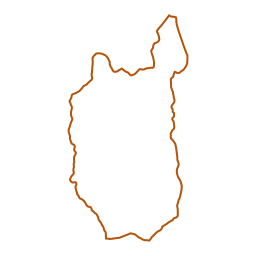 outline of Metap, Chhukha, Bhutan
{"feature_id": "84629894B26183929812002", "entity_name": "Metap", "entity_type": "district", "adm_level": 2, "iso_a3": "BTN", "parent_name": "Bhutan", "parent_adm1": "Chhukha", "projection": "equal_earth", "projection_center": [89.421, 27.116], "detail": "fine", "context": "isolated", "style": "outline", "palette": "amber", "viewbox_px": 256, "rotation_deg": 0, "n_neighbors": 0, "source": "geoboundaries", "source_scale": "gbopen_adm2", "svg_char_len": 5669}
<svg xmlns="http://www.w3.org/2000/svg" viewBox="0 0 256 256"><path d="M106.0,238.5L107.0,238.5L109.9,239.0L119.6,237.7L128.8,234.1L130.5,233.3L132.8,233.8L135.2,234.5L137.1,236.1L139.3,237.7L140.9,238.3L142.7,239.5L144.7,240.2L147.1,240.2L149.2,240.6L150.4,239.2L151.8,237.1L156.2,232.8L157.7,231.5L159.9,230.5L160.8,229.8L161.8,228.4L162.4,226.5L164.1,225.5L166.6,224.0L168.0,222.8L170.5,221.1L172.4,220.4L172.7,219.9L173.6,218.5L176.6,217.2L177.7,215.9L177.8,215.4L177.7,209.1L177.1,205.6L178.6,200.3L180.0,197.1L180.6,193.9L181.1,191.9L181.5,189.6L181.8,186.0L180.6,181.4L179.7,179.6L178.2,177.4L176.9,173.2L176.8,170.7L177.1,168.9L177.9,166.9L178.8,164.5L178.2,162.2L177.4,160.3L177.3,157.3L176.8,153.3L176.3,148.9L175.7,145.9L175.3,143.8L174.1,142.1L173.1,140.6L171.0,138.4L170.7,136.7L170.7,136.0L170.8,133.6L172.2,130.5L174.0,128.6L174.3,126.9L174.0,124.3L173.9,123.4L173.7,121.9L173.4,121.1L173.1,120.6L172.5,119.9L172.3,119.5L172.3,119.0L172.3,118.3L172.6,118.0L173.2,117.3L174.0,116.2L174.0,114.3L174.0,113.1L173.7,112.7L173.3,112.4L172.8,111.8L172.7,111.4L172.7,110.7L172.6,109.5L172.4,108.7L172.0,108.4L171.8,108.0L171.5,107.2L171.5,106.3L171.7,105.7L172.8,104.2L173.6,103.1L174.1,102.3L174.3,101.8L174.5,101.0L174.4,100.0L174.4,99.2L174.1,98.6L173.8,98.2L173.8,97.5L173.6,95.8L173.5,95.3L173.4,94.7L173.0,93.7L173.0,92.1L172.8,91.6L172.4,90.9L171.9,89.4L171.6,88.6L171.4,88.2L171.2,87.6L171.0,84.1L170.9,81.4L170.8,80.8L170.8,80.3L170.8,79.6L170.9,79.1L171.1,78.6L171.6,78.0L172.1,77.6L172.5,77.4L173.0,77.0L173.3,76.3L173.4,75.4L173.6,74.6L173.9,73.9L174.7,71.9L175.2,71.9L177.2,73.0L179.7,72.7L181.1,71.3L183.3,70.0L184.5,68.5L185.4,67.1L186.4,65.4L187.2,63.3L187.4,58.7L187.4,55.2L186.1,52.4L183.7,45.9L178.1,29.5L176.6,23.9L176.3,20.8L176.3,19.1L175.9,17.4L174.6,16.9L174.1,16.9L171.2,16.5L170.6,16.4L169.8,15.9L169.1,15.4L165.4,20.3L161.9,24.8L159.7,27.3L157.6,29.9L157.0,31.0L157.1,32.1L157.9,33.4L159.0,37.0L159.3,39.4L158.9,40.7L157.3,42.2L157.0,42.4L154.8,43.1L153.8,44.3L153.4,45.3L152.9,48.1L151.2,50.7L151.6,53.0L152.8,56.4L153.4,58.5L154.0,61.9L154.0,64.4L153.8,66.2L153.7,66.7L153.5,67.3L152.6,67.8L152.1,67.8L151.2,67.7L150.6,67.7L149.8,68.0L149.1,68.2L148.2,68.2L147.2,68.2L145.8,68.6L144.0,69.4L143.2,69.6L142.9,69.6L142.0,69.5L141.2,69.3L140.5,69.1L139.9,69.2L139.3,69.4L138.7,70.1L138.0,70.7L136.2,72.8L134.6,74.2L133.5,74.6L132.8,74.8L131.7,75.3L131.2,75.4L130.8,75.3L130.2,75.0L129.7,74.4L128.8,73.3L127.7,72.3L127.3,72.3L126.3,71.9L124.2,70.6L123.2,69.8L122.7,69.4L122.3,68.9L121.9,68.6L120.4,69.4L119.2,70.2L118.6,70.3L118.3,70.7L117.8,71.1L116.7,71.6L115.1,71.8L114.2,71.8L113.5,71.4L112.5,69.9L112.1,69.2L111.9,68.5L111.5,68.0L110.7,66.9L110.2,65.7L109.8,64.7L109.7,63.8L109.7,63.2L109.7,62.4L109.6,61.7L109.4,61.2L108.7,59.9L108.1,58.4L107.2,57.2L106.2,56.2L105.5,55.4L101.9,53.7L99.2,53.3L96.6,53.4L96.1,53.6L95.3,54.6L94.5,55.1L94.1,55.7L93.3,56.6L93.2,57.1L92.7,57.6L92.5,59.0L92.5,60.2L92.8,60.9L92.8,61.6L92.7,62.6L92.7,63.7L92.7,64.6L92.5,65.5L92.4,66.1L92.3,67.5L92.2,68.4L92.3,68.9L92.2,69.8L92.1,70.5L92.0,71.3L92.0,72.4L92.0,72.9L91.8,73.5L91.6,73.9L91.6,74.5L91.6,75.1L91.7,75.7L91.9,76.4L92.1,77.3L92.3,77.7L92.1,78.7L91.9,79.4L90.7,80.7L90.0,81.1L89.3,81.7L88.6,82.3L87.9,83.1L87.2,83.9L86.6,84.6L85.8,85.0L84.6,85.5L84.0,85.9L83.4,86.3L83.0,86.7L82.7,87.3L82.1,88.1L81.6,88.7L81.2,89.1L79.6,90.9L78.1,91.8L76.9,92.4L75.8,93.1L74.1,93.6L73.0,94.2L72.0,94.7L71.8,95.5L71.7,95.9L71.6,96.5L71.5,97.1L71.3,97.7L71.0,98.3L70.7,98.9L70.0,100.4L69.7,100.7L69.7,101.3L69.7,101.8L69.9,102.4L70.5,103.3L70.7,103.9L70.7,104.4L70.8,105.0L71.3,105.5L71.5,106.1L71.9,107.0L71.9,107.8L71.6,109.5L71.1,111.7L70.9,113.7L70.9,114.3L71.0,114.9L71.2,115.8L71.4,116.3L71.7,117.2L72.0,117.8L72.2,118.4L72.3,118.9L72.2,119.8L71.8,120.6L71.3,121.8L70.6,123.7L70.3,124.3L70.0,125.6L69.9,126.4L69.6,127.1L69.4,127.7L68.8,129.4L68.7,130.3L68.6,131.4L68.8,132.3L69.1,133.2L69.3,133.9L69.4,134.3L69.6,134.9L69.8,135.3L69.9,135.8L70.0,136.7L69.9,137.5L69.9,138.5L70.0,138.9L70.3,140.1L70.7,140.9L71.0,142.0L71.1,142.5L71.5,143.0L71.6,143.4L71.9,143.7L73.5,144.6L74.2,145.2L74.7,146.0L74.8,146.4L74.8,146.9L74.6,147.5L74.2,148.8L74.2,149.2L74.3,149.9L74.4,150.4L74.7,151.0L75.0,151.5L75.3,151.9L75.7,152.2L75.8,152.6L75.8,153.2L75.6,153.8L75.4,154.3L74.9,155.5L74.4,156.3L74.1,157.1L74.0,158.6L74.0,159.4L74.0,160.1L74.2,160.9L74.3,161.8L74.2,162.3L73.7,163.7L73.7,164.8L73.9,166.6L73.9,167.2L73.8,167.6L73.6,168.4L73.4,169.4L73.4,169.8L73.4,171.0L73.8,172.0L73.8,172.9L73.7,173.6L73.2,174.2L72.7,174.8L72.2,175.3L71.7,176.0L70.8,177.5L69.9,179.7L70.2,180.1L70.4,180.6L70.9,181.3L72.0,182.3L72.5,182.5L73.4,182.5L73.8,182.4L74.3,182.3L74.8,182.2L75.3,182.2L75.8,182.4L76.2,183.1L76.3,183.6L76.4,184.2L76.3,185.1L76.0,185.5L75.5,186.5L75.5,187.4L75.8,188.5L76.2,190.5L76.3,191.0L76.5,191.4L77.0,192.6L77.1,194.0L77.5,194.6L77.9,195.0L78.2,195.2L79.0,197.0L79.3,197.6L79.7,198.2L80.3,198.6L80.7,198.8L81.3,199.0L81.7,199.2L82.3,199.6L82.9,200.0L83.5,200.6L84.1,201.0L84.7,202.0L85.1,202.4L85.4,203.1L85.9,204.0L86.5,205.1L86.8,205.6L87.4,206.0L87.9,206.5L88.3,206.7L89.6,206.8L90.6,207.2L90.9,207.5L91.1,207.9L91.4,208.5L91.6,209.3L91.7,210.1L91.9,210.5L92.6,211.0L93.3,211.5L93.9,212.0L94.8,213.0L95.2,213.2L96.0,213.7L96.9,214.8L97.2,215.3L97.5,216.1L97.8,216.6L98.2,217.6L98.3,218.0L98.5,219.1L98.7,219.6L99.0,220.1L99.8,221.2L100.1,221.8L100.9,222.6L101.2,223.3L102.1,225.3L102.4,225.6L102.7,226.0L103.2,226.6L103.3,227.0L103.6,227.7L103.9,228.8L103.9,229.3L104.3,230.4L104.7,231.0L105.2,231.4L105.6,232.2L105.7,232.9L105.8,233.6L105.8,234.8L105.9,235.3L105.9,236.0L105.9,236.8L106.0,238.5Z" fill="none" stroke="#b45309" stroke-width="2"/></svg>